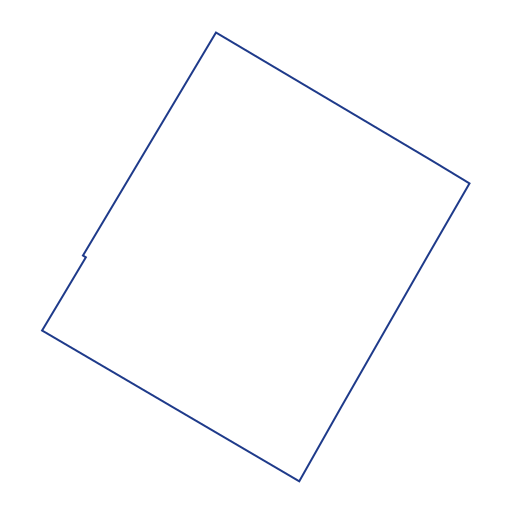 Knox, Missouri, United States of America, rotated 210°
{"feature_id": "52423323B21242866198825", "entity_name": "Knox", "entity_type": "district", "adm_level": 2, "iso_a3": "USA", "parent_name": "United States of America", "parent_adm1": "Missouri", "projection": "orthographic", "projection_center": [-92.125, 40.126], "detail": "fine", "context": "isolated", "style": "outline", "palette": "blue", "viewbox_px": 512, "rotation_deg": 210, "n_neighbors": 0, "source": "geoboundaries", "source_scale": "gbopen_adm2", "svg_char_len": 296}
<svg xmlns="http://www.w3.org/2000/svg" viewBox="0 0 512 512"><g transform="rotate(210 256 256)"><path d="M402.4,429.5L406.1,169.9L402.7,169.8L403.3,127.3L404.0,84.5L105.9,82.5L106.7,167.8L107.4,343.2L107.4,425.6L150.2,426.5L402.4,429.5Z" fill="none" stroke="#1e3a8a" stroke-width="2"/></g></svg>